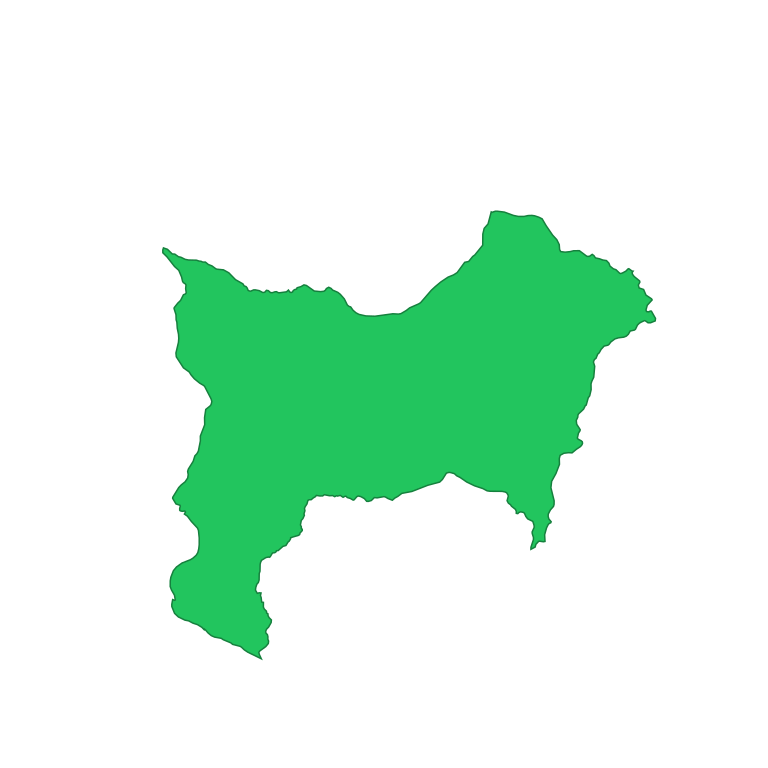 the district of Baguia, Baucau, East Timor, rotated 338°
{"feature_id": "22284137B48176451746687", "entity_name": "Baguia", "entity_type": "district", "adm_level": 2, "iso_a3": "TLS", "parent_name": "East Timor", "parent_adm1": "Baucau", "projection": "orthographic", "projection_center": [126.694, -8.606], "detail": "fine", "context": "isolated", "style": "filled", "palette": "green", "viewbox_px": 768, "rotation_deg": 338, "n_neighbors": 0, "source": "geoboundaries", "source_scale": "gbopen_adm2", "svg_char_len": 6171}
<svg xmlns="http://www.w3.org/2000/svg" viewBox="0 0 768 768"><g transform="rotate(338 384 384)"><path d="M547.9,264.6L540.4,274.6L535.2,277.2L531.8,282.0L527.5,292.3L516.5,298.4L514.0,299.0L508.4,302.1L504.4,301.4L493.6,308.1L489.3,308.9L483.4,308.9L474.8,310.7L468.0,312.9L463.0,314.8L448.4,322.3L446.2,322.7L436.3,323.0L432.1,324.2L426.1,325.1L423.6,324.6L418.5,322.2L401.1,317.8L392.7,314.1L386.9,310.1L384.7,307.5L382.9,304.0L382.0,300.1L380.5,298.8L379.6,297.0L379.1,290.3L377.1,284.5L375.5,281.7L371.5,277.6L370.8,275.6L369.0,273.6L366.4,273.9L364.7,275.1L363.0,275.5L359.8,274.6L354.2,271.7L349.0,263.6L346.9,262.1L343.4,262.6L339.5,262.2L338.5,263.2L336.4,263.0L334.8,263.4L333.7,264.4L332.1,264.4L331.1,263.4L330.6,261.1L328.1,262.0L321.4,260.3L320.1,259.7L319.0,258.2L317.7,257.7L314.6,257.5L313.0,256.7L311.7,254.1L310.1,253.1L307.9,254.2L306.8,254.1L305.8,253.7L303.3,250.7L300.1,248.6L298.3,247.9L295.2,248.0L293.9,247.2L293.1,246.3L293.1,243.7L292.6,242.0L291.1,240.7L290.7,238.3L285.4,231.6L281.8,222.8L277.9,218.0L272.0,214.9L271.2,214.1L268.7,210.0L265.9,207.4L264.1,204.1L261.5,203.0L260.5,201.8L258.4,200.6L256.6,199.0L249.2,195.8L246.3,193.9L243.2,190.4L241.1,189.0L238.7,185.2L236.4,184.1L233.7,178.0L230.5,175.2L229.1,176.9L228.1,179.5L230.4,184.8L233.8,196.6L236.3,201.7L236.4,208.9L235.7,213.2L235.9,214.8L237.3,216.8L237.5,218.0L235.8,221.3L234.8,225.3L233.7,226.1L231.5,226.1L226.7,230.3L223.2,231.7L218.1,234.6L217.6,235.4L217.1,241.8L215.3,246.7L215.1,249.1L213.2,254.9L212.1,260.9L210.8,264.8L209.0,268.4L202.7,277.3L201.6,281.0L204.1,293.9L207.9,299.9L208.5,303.3L210.1,308.1L213.4,314.1L216.3,317.9L216.8,319.2L218.1,333.0L217.8,335.8L216.0,338.3L214.5,339.2L209.2,340.8L205.0,348.0L202.5,354.6L194.2,363.5L192.4,368.0L186.7,376.7L184.5,378.5L181.7,379.8L178.1,384.2L170.7,389.6L169.2,391.5L168.5,394.7L166.8,397.6L162.9,400.2L158.2,401.6L154.9,403.1L145.7,409.9L145.2,410.9L146.2,417.3L149.4,420.0L149.4,420.9L147.9,422.9L147.3,424.5L147.6,425.3L149.3,426.5L151.7,427.1L152.0,428.3L150.2,429.8L152.2,432.9L153.9,439.3L157.1,447.7L157.1,450.3L155.0,457.5L152.4,463.9L150.5,467.4L148.2,470.6L145.6,472.5L141.6,473.9L138.8,474.4L129.7,474.3L123.1,475.9L118.8,478.2L114.0,483.3L112.1,486.4L109.9,491.7L109.8,495.3L110.6,501.3L109.6,506.0L108.7,506.1L107.3,504.7L104.7,508.8L103.9,510.9L103.9,518.2L106.1,523.0L111.0,528.4L114.1,530.4L117.3,534.2L120.9,537.2L124.0,541.4L125.2,544.4L125.6,543.9L126.3,545.0L127.6,548.9L129.6,552.6L132.1,555.2L137.8,558.8L139.2,560.9L145.0,566.6L146.1,568.7L152.3,573.3L153.2,574.5L154.9,578.2L157.3,581.7L167.3,592.8L167.1,587.9L167.4,585.9L168.8,585.0L176.0,583.2L179.5,581.3L180.7,579.1L180.7,577.1L181.7,574.8L182.0,572.7L181.2,570.6L181.8,568.7L183.5,567.2L185.9,566.2L190.0,562.9L191.2,560.6L189.9,557.5L189.7,555.3L190.3,553.6L189.4,552.4L189.9,550.6L188.7,547.8L188.6,545.7L190.4,541.3L188.9,540.4L190.1,536.0L190.2,533.9L191.7,531.7L190.2,530.9L188.1,530.6L187.6,527.0L188.9,524.6L191.1,522.0L193.1,521.0L194.8,518.9L197.3,513.0L198.9,511.1L201.6,504.8L202.8,503.1L204.4,501.6L209.4,500.7L212.0,501.1L212.7,501.7L213.7,501.6L217.3,498.9L219.6,499.5L221.1,499.1L221.8,498.3L223.5,498.8L229.5,496.7L232.6,497.0L235.8,494.6L237.4,494.1L239.5,492.4L239.9,491.5L248.1,492.3L249.4,492.0L250.2,490.8L253.3,489.3L253.8,488.0L253.2,487.2L253.9,485.2L253.7,483.4L256.2,479.5L258.4,478.4L261.0,475.9L261.1,474.5L263.2,471.9L263.7,469.5L265.0,468.2L267.6,466.4L269.9,463.4L271.3,463.3L273.2,464.0L275.9,463.1L278.1,462.8L279.6,462.0L282.6,463.8L285.3,464.8L287.2,464.3L291.6,467.2L294.6,468.2L296.1,470.0L298.1,469.8L298.9,470.5L301.7,470.9L303.6,473.7L305.9,473.5L306.8,473.9L307.4,475.5L309.8,477.4L311.9,480.1L312.9,480.2L316.6,478.3L318.2,478.2L320.4,479.8L322.9,482.9L324.0,486.3L325.6,487.0L328.6,487.3L332.5,485.7L335.0,487.0L341.7,488.4L343.0,489.3L344.7,491.6L348.2,494.9L351.4,493.8L354.7,493.4L359.6,492.1L369.6,494.1L386.7,494.3L398.9,495.8L402.4,494.4L408.5,490.0L411.2,490.3L412.9,491.3L415.7,493.5L417.0,496.3L419.5,499.1L424.0,505.9L429.8,512.3L436.5,518.0L439.6,521.7L442.2,523.2L453.3,527.8L456.0,529.6L457.0,530.9L457.4,533.3L457.2,534.6L454.4,538.3L454.7,541.1L456.1,543.3L456.4,545.0L458.9,549.5L459.0,551.4L458.2,553.5L459.5,554.3L460.9,553.7L462.8,553.7L465.0,555.2L465.8,556.3L465.9,560.1L466.7,562.9L470.5,567.1L470.2,571.1L469.6,573.1L465.9,576.7L465.4,578.3L465.1,582.2L464.3,584.2L459.1,590.4L458.3,592.3L463.1,591.8L464.7,589.6L468.3,587.9L469.3,588.0L472.7,590.0L474.3,590.3L476.5,583.9L480.8,578.3L483.5,575.9L484.6,575.3L486.7,575.1L487.4,574.3L486.3,570.9L486.6,568.2L487.6,566.1L491.1,563.1L495.3,561.0L496.6,559.3L498.0,556.0L499.9,542.7L503.0,537.0L509.9,531.4L516.6,524.2L518.6,518.8L520.6,516.1L524.9,515.6L529.3,516.8L532.6,518.3L537.9,516.6L542.8,515.6L544.8,514.5L545.9,513.3L546.2,511.8L545.5,510.4L543.4,508.0L543.0,506.6L545.9,502.4L548.2,500.8L548.8,499.8L547.6,493.5L548.6,489.8L551.2,487.4L552.3,485.3L553.4,484.5L559.6,482.1L562.5,479.5L563.6,479.3L568.2,473.3L570.3,472.0L573.9,466.9L576.0,461.4L577.9,459.1L581.0,456.3L586.0,446.5L586.4,442.2L587.3,441.0L588.4,440.1L590.2,439.6L593.3,436.4L595.2,435.7L598.3,433.2L602.3,431.3L606.1,431.9L607.4,431.6L610.1,430.0L614.9,428.7L618.6,429.0L623.9,430.4L626.6,430.4L629.2,429.4L632.1,427.1L636.3,427.8L637.6,427.5L641.1,424.3L643.5,423.3L645.4,423.0L649.1,422.8L649.9,423.2L651.7,426.1L654.1,427.1L659.1,427.1L660.3,424.9L659.2,416.6L658.1,416.1L656.5,416.3L654.7,415.3L654.5,414.4L654.7,413.4L657.6,409.6L664.1,406.5L664.0,405.3L660.2,399.7L660.1,393.6L656.5,390.5L656.9,387.5L659.4,385.4L659.6,384.2L656.2,378.0L655.5,375.3L655.8,373.6L657.2,372.7L656.3,372.2L654.2,368.8L653.4,368.7L650.4,370.0L646.4,370.4L644.7,370.2L644.0,369.6L641.9,364.9L639.8,363.1L637.7,359.3L637.8,356.2L636.5,352.9L633.3,351.0L630.7,348.6L627.3,346.3L626.7,343.5L625.6,341.8L622.2,342.6L620.0,341.7L615.1,333.6L609.8,331.5L606.2,331.0L601.3,329.6L597.4,327.4L597.2,325.1L598.7,320.4L598.3,315.0L596.1,309.1L593.6,297.8L592.5,290.1L590.0,287.3L586.7,284.5L584.3,283.1L580.7,281.8L576.6,281.1L571.4,279.0L567.2,276.2L560.0,269.7L553.7,266.2L552.0,265.5L548.5,265.3L547.9,264.6Z" fill="#22c55e" stroke="#15803d" stroke-width="1.5"/></g></svg>